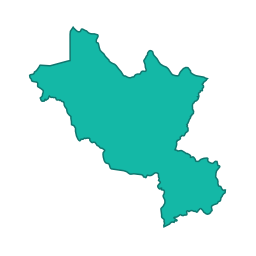 outline of Song Hinh, Phú Yên, Vietnam, rotated 6°
{"feature_id": "81297802B28811761284346", "entity_name": "Song Hinh", "entity_type": "district", "adm_level": 2, "iso_a3": "VNM", "parent_name": "Vietnam", "parent_adm1": "Phú Yên", "projection": "albers", "projection_center": [108.948, 12.905], "detail": "fine", "context": "isolated", "style": "filled", "palette": "teal", "viewbox_px": 256, "rotation_deg": 6, "n_neighbors": 0, "source": "geoboundaries", "source_scale": "gbopen_adm2", "svg_char_len": 5857}
<svg xmlns="http://www.w3.org/2000/svg" viewBox="0 0 256 256"><g transform="rotate(6 128 128)"><path d="M42.0,109.9L42.3,108.3L42.6,108.1L43.5,108.9L45.5,107.2L46.1,105.4L46.2,104.7L46.5,104.4L47.1,105.0L48.3,105.6L50.0,105.3L50.9,105.6L52.3,105.3L52.8,105.4L53.8,107.3L54.5,107.6L56.5,107.2L57.2,107.7L57.8,107.3L59.4,108.5L60.9,108.7L61.4,109.1L61.9,110.4L62.2,112.0L63.3,113.7L65.0,115.5L65.5,117.5L66.2,119.2L67.9,121.0L70.0,122.5L70.2,124.4L71.0,127.3L71.5,130.6L73.9,131.3L75.8,133.6L76.1,136.7L77.6,141.3L79.4,144.3L80.5,145.4L81.3,145.8L81.7,145.6L82.1,145.1L82.4,144.1L82.8,144.0L84.4,143.9L85.5,142.8L86.0,142.7L86.6,142.9L88.6,142.3L90.4,142.2L91.0,142.5L91.5,144.5L93.0,145.9L93.9,146.3L95.3,145.7L96.7,145.8L98.2,147.4L99.1,148.6L100.6,149.0L102.4,150.6L103.0,150.8L104.5,150.9L106.2,151.8L107.1,152.5L107.2,153.0L105.9,155.2L105.9,156.8L106.5,159.6L107.8,162.9L108.6,164.1L109.4,164.9L111.1,165.4L112.2,165.4L112.6,165.7L113.2,166.4L114.6,169.6L115.7,170.4L128.2,170.9L131.2,171.6L134.4,173.5L135.6,173.6L138.6,172.9L146.4,173.0L147.8,173.6L148.6,175.0L149.2,174.9L150.6,175.5L151.0,175.4L151.2,175.0L151.8,173.4L152.2,172.9L154.2,173.1L155.5,172.9L156.3,172.6L157.5,171.7L158.9,170.3L159.9,169.7L161.1,169.6L162.0,169.8L163.0,170.4L163.5,173.7L164.2,174.5L164.4,175.1L164.0,176.3L163.9,177.1L165.1,177.6L165.8,178.6L165.6,179.3L164.1,181.5L163.6,182.6L163.9,183.6L165.0,184.9L165.7,185.3L166.0,185.3L167.2,184.3L167.7,184.4L167.6,185.7L167.7,185.9L170.1,186.1L170.7,186.9L170.9,188.1L170.8,189.6L170.4,190.4L170.0,191.8L170.3,192.8L172.1,195.7L172.5,197.8L172.4,199.2L171.1,202.2L169.3,204.5L169.2,205.2L170.5,210.7L170.7,212.7L171.1,213.5L173.3,215.1L173.6,215.6L173.6,217.2L174.3,218.9L173.8,221.4L174.1,222.5L179.0,219.4L179.5,219.0L180.1,218.0L181.1,217.1L182.5,216.8L183.7,217.0L184.1,215.6L186.1,215.3L186.4,214.6L183.4,212.9L183.1,212.4L183.4,212.0L185.8,211.4L187.4,210.2L188.5,209.1L189.1,208.7L189.8,208.8L190.6,209.3L191.9,209.4L192.4,209.2L193.3,208.6L194.2,208.6L195.1,208.4L195.5,208.1L195.6,207.6L195.5,206.8L195.0,205.0L195.1,204.7L195.8,204.1L196.3,204.2L197.1,204.7L197.7,204.6L198.9,203.6L200.3,203.4L202.6,204.0L203.8,203.7L204.6,204.4L205.3,204.5L206.0,203.9L206.5,202.5L207.3,201.8L208.0,200.8L208.8,200.5L209.4,200.8L211.1,202.3L212.1,203.7L214.5,205.1L215.1,205.3L216.2,205.4L217.5,204.9L218.9,203.6L219.3,202.2L220.2,201.4L220.2,200.9L219.3,198.3L219.3,197.4L219.5,196.8L220.3,196.1L221.4,195.3L224.3,194.0L224.8,193.5L225.5,191.9L227.1,191.1L227.5,190.5L227.6,189.9L227.8,187.6L228.7,186.2L229.1,184.8L230.1,183.3L231.3,182.3L231.3,179.5L230.2,179.6L229.6,180.0L228.8,179.8L227.9,179.0L226.3,176.5L224.3,176.2L223.9,175.7L223.1,173.5L223.1,172.0L222.4,169.9L221.3,168.8L220.3,167.6L220.2,163.6L220.6,161.3L223.0,157.6L223.3,157.1L223.3,156.7L223.2,156.4L222.9,156.1L221.4,155.9L221.2,155.5L220.0,152.0L218.4,152.0L217.9,152.4L216.5,154.0L216.0,154.2L215.5,154.4L214.0,154.2L211.9,153.4L211.2,152.8L210.8,152.3L210.6,151.5L210.6,150.0L210.2,149.7L209.2,149.7L206.7,150.2L204.3,151.3L203.4,151.9L201.9,153.6L201.4,153.9L199.2,154.0L198.8,153.8L198.1,152.1L196.7,150.5L196.0,150.0L195.2,150.0L193.5,150.7L193.2,150.6L193.1,149.1L192.7,148.7L191.4,147.9L189.2,147.1L188.3,147.3L187.1,146.4L183.8,144.9L182.9,144.9L180.4,145.6L179.6,145.6L178.8,145.0L177.2,144.9L177.0,144.7L177.5,143.2L178.1,139.9L178.1,138.6L177.8,137.7L177.8,136.2L178.3,135.9L178.4,135.2L179.6,134.7L181.1,133.4L181.2,132.7L180.9,132.0L180.9,131.6L181.9,130.6L182.4,129.8L183.8,130.0L184.8,129.6L185.2,128.3L186.0,126.5L187.1,125.7L187.3,125.1L188.0,124.6L187.7,122.0L187.2,121.0L186.4,120.3L186.8,119.3L186.1,118.5L186.7,117.7L187.2,116.6L187.5,115.3L187.8,114.8L188.0,113.4L189.1,111.3L189.1,110.8L188.9,110.1L189.0,109.7L189.8,109.3L190.1,108.7L190.2,107.8L190.9,107.4L191.5,106.7L191.5,104.4L191.0,103.9L190.8,103.2L190.4,103.0L190.1,102.5L190.1,101.4L189.7,99.1L189.8,97.4L190.3,96.6L191.0,96.0L191.2,95.1L191.5,94.6L193.3,93.7L194.6,92.0L195.0,90.3L194.4,89.9L194.1,89.6L194.9,89.4L195.2,89.1L195.2,88.8L194.6,87.0L194.6,85.9L196.1,84.6L196.1,83.4L198.0,83.1L198.1,82.8L197.8,81.6L197.8,80.8L198.7,80.0L198.8,79.7L198.8,78.9L198.5,77.9L197.4,77.1L197.3,76.6L198.1,75.7L198.3,74.8L198.6,74.4L199.4,73.8L199.9,73.1L200.8,72.3L201.1,71.5L201.8,70.6L199.8,70.3L198.1,69.5L190.4,68.9L188.8,68.5L186.4,67.5L184.7,66.4L184.3,65.8L184.3,64.8L181.4,61.8L180.4,61.7L179.1,61.8L176.9,63.1L174.6,66.2L173.9,67.5L173.1,70.0L172.7,70.6L171.8,71.0L170.6,71.0L169.1,70.9L166.9,70.4L165.7,69.6L161.9,65.0L159.9,63.5L156.7,62.6L153.6,61.1L151.8,59.2L149.6,56.1L146.3,53.2L145.5,52.1L144.6,49.7L144.0,49.2L143.1,48.8L141.9,48.7L140.9,49.3L139.9,51.0L139.7,51.6L139.7,53.4L138.7,54.7L138.1,56.6L137.1,58.4L136.7,59.5L136.9,60.1L138.4,63.1L138.9,65.8L140.0,68.1L140.0,69.0L139.6,69.6L139.1,69.9L136.8,69.9L136.0,70.2L135.5,70.6L134.8,72.1L134.2,73.1L133.7,73.2L132.0,73.3L130.5,73.9L129.8,74.4L129.2,75.2L128.5,76.6L127.1,76.8L124.9,77.9L122.6,77.7L120.0,76.6L119.1,76.7L118.4,76.4L117.7,76.0L115.1,72.6L112.8,70.5L109.7,67.2L108.0,66.0L105.9,65.4L103.8,64.5L102.7,63.7L102.1,63.1L101.9,62.4L97.9,59.1L96.2,56.8L93.8,55.1L92.2,53.7L91.1,51.3L89.7,47.1L89.3,46.6L87.9,46.3L87.4,45.4L87.3,43.5L88.6,40.3L88.5,39.2L88.3,38.7L88.0,38.5L84.7,37.9L81.6,38.2L79.9,37.9L78.6,37.4L76.6,35.8L75.3,35.5L72.6,34.4L71.8,34.4L71.3,34.7L70.7,36.5L70.1,37.2L69.1,37.5L68.1,37.4L67.2,37.0L66.1,36.3L63.6,34.3L62.9,33.5L60.6,37.8L60.6,40.7L63.4,67.0L60.8,67.8L44.0,74.3L34.1,74.7L33.8,75.0L33.3,76.4L31.6,79.5L30.6,80.9L29.1,82.1L29.0,82.6L29.1,83.0L28.5,84.0L27.7,84.5L25.5,85.2L24.7,85.9L25.1,87.6L25.4,88.3L26.7,89.5L27.3,91.1L27.8,91.4L28.9,91.7L32.2,91.9L32.9,92.2L33.6,92.9L33.7,95.7L34.0,96.3L37.8,98.2L39.8,99.6L39.9,101.4L39.5,103.1L39.4,104.9L39.1,105.7L37.6,107.3L38.8,109.7L39.4,110.2L40.5,110.3L42.0,109.9Z" fill="#14b8a6" stroke="#0f766e" stroke-width="1.5"/></g></svg>